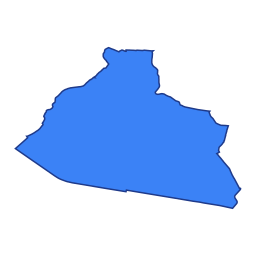 the district of Zaanstad, Noord-Holland, Netherlands
{"feature_id": "6326949B52425900686836", "entity_name": "Zaanstad", "entity_type": "district", "adm_level": 2, "iso_a3": "NLD", "parent_name": "Netherlands", "parent_adm1": "Noord-Holland", "projection": "natural_earth1", "projection_center": [4.764, 52.469], "detail": "fine", "context": "isolated", "style": "filled", "palette": "blue", "viewbox_px": 256, "rotation_deg": 0, "n_neighbors": 0, "source": "geoboundaries", "source_scale": "gbopen_adm2", "svg_char_len": 5207}
<svg xmlns="http://www.w3.org/2000/svg" viewBox="0 0 256 256"><path d="M144.3,50.2L143.2,50.4L142.7,50.5L142.0,50.5L137.2,50.2L136.8,50.3L136.4,50.3L136.0,50.6L135.4,50.4L134.7,50.4L134.0,50.3L130.8,50.2L129.6,50.1L129.0,50.1L126.0,50.0L125.9,50.5L126.0,50.9L126.1,51.2L126.1,51.3L125.8,51.3L125.4,51.3L125.0,51.2L123.9,50.7L123.0,50.3L122.3,50.1L121.7,50.1L121.4,50.2L120.8,50.6L119.6,51.1L119.4,51.4L119.0,51.6L118.9,51.8L116.0,50.6L114.9,50.1L113.5,49.5L112.3,49.1L111.8,48.9L111.4,48.8L110.3,48.3L108.8,47.7L108.6,47.7L108.3,47.7L108.2,47.8L107.9,48.0L107.0,48.4L105.2,49.4L105.1,49.5L104.8,50.2L104.5,51.3L104.5,51.9L104.4,52.3L103.7,53.1L103.4,53.5L103.2,54.1L103.3,55.0L103.2,55.4L103.2,55.8L103.3,56.8L103.4,57.0L104.0,58.0L104.2,58.4L104.4,58.6L104.6,58.8L104.7,59.0L105.6,60.0L105.9,60.2L106.1,60.3L106.3,60.5L106.5,61.3L106.6,61.5L107.1,61.9L107.3,62.1L107.5,62.5L108.7,64.0L106.2,67.6L106.0,67.9L105.4,68.1L103.9,68.3L103.5,68.5L103.1,69.0L102.7,69.5L102.4,69.8L101.9,70.0L101.6,70.5L101.1,71.0L100.8,71.2L100.3,71.6L99.5,72.2L98.9,72.6L98.3,73.3L98.1,73.5L97.1,74.4L96.9,74.7L96.8,75.0L96.2,75.7L95.6,76.1L95.1,76.5L94.1,77.1L94.3,77.2L94.5,77.4L94.7,77.6L93.8,77.5L93.7,77.5L93.1,77.8L92.8,78.1L92.3,78.6L91.4,79.2L91.0,79.5L90.9,79.4L89.5,80.2L89.2,80.5L88.9,80.9L87.6,82.0L87.4,82.2L86.5,82.9L86.2,83.3L85.8,83.7L85.4,84.1L85.2,84.4L84.8,84.8L83.9,85.5L83.6,85.8L83.4,85.9L81.0,86.6L79.0,86.8L72.5,87.6L71.3,87.8L70.3,87.9L70.1,88.0L67.8,88.6L67.0,89.0L65.5,89.5L65.2,89.6L63.8,90.4L63.1,90.8L62.7,91.2L62.1,91.6L61.7,92.0L61.3,92.4L61.1,92.7L60.9,93.0L60.1,93.8L59.8,94.1L59.5,94.4L59.2,94.7L58.8,95.2L58.2,95.8L55.6,97.8L55.4,98.3L55.3,98.8L55.2,99.4L55.4,100.0L55.3,100.4L55.1,100.9L55.1,101.3L55.1,101.5L55.0,101.9L54.8,102.5L54.7,102.6L54.1,102.8L53.9,102.9L53.8,103.1L53.4,103.5L52.8,103.9L52.7,104.1L52.5,104.3L52.5,105.3L52.5,105.7L52.8,106.2L52.9,106.5L52.8,107.0L52.7,107.2L52.4,107.6L52.2,108.1L50.9,109.0L50.3,109.4L49.9,109.5L49.2,109.6L48.7,109.6L48.3,109.7L48.0,109.8L47.2,110.0L46.9,110.2L46.4,110.7L46.3,110.8L46.3,111.3L46.3,111.6L46.2,111.9L46.1,112.1L45.3,113.0L45.2,113.4L44.9,113.6L44.9,113.9L44.9,114.2L44.5,114.8L44.1,115.3L43.9,116.3L43.8,116.5L43.9,116.8L44.4,117.2L44.5,117.4L44.6,117.6L44.7,118.2L44.7,118.3L44.6,119.0L44.6,119.3L44.6,119.6L44.4,119.8L43.9,120.8L43.4,121.6L43.2,121.9L43.1,122.4L43.0,122.5L42.8,122.6L42.6,122.8L42.3,123.3L42.9,124.1L43.0,124.4L43.0,124.5L42.6,125.3L41.8,126.0L41.6,126.4L40.7,127.5L39.9,128.6L39.1,129.3L37.7,130.5L36.6,131.1L34.5,132.6L33.3,133.3L31.9,134.1L27.7,136.1L26.9,136.3L26.7,136.3L26.9,136.6L27.1,136.8L27.2,137.3L27.6,137.8L15.4,148.6L33.5,161.2L41.2,166.5L54.9,176.0L56.8,177.2L57.4,177.6L59.2,178.6L60.5,179.2L61.7,179.7L63.6,180.4L66.4,181.4L67.4,181.7L68.5,181.9L72.3,182.8L105.7,188.4L126.0,191.7L126.4,190.1L132.3,191.1L145.5,193.3L173.4,197.9L193.6,201.3L194.5,201.4L197.3,201.8L199.6,202.1L203.4,202.9L205.9,203.3L219.6,205.5L222.9,206.2L224.8,206.6L227.0,207.1L232.6,208.3L236.7,203.5L236.8,203.3L237.0,202.9L237.1,202.5L237.1,202.1L237.1,201.7L237.0,201.2L235.1,198.2L234.9,197.8L234.8,197.5L234.7,197.2L234.7,196.8L234.7,196.3L234.8,195.9L235.0,195.5L235.3,195.1L240.2,189.7L240.4,189.3L240.5,189.1L240.6,188.9L240.6,188.7L240.5,188.4L240.5,187.9L240.4,188.1L240.2,188.1L239.7,188.1L239.4,188.3L239.0,187.5L236.9,183.5L234.4,178.8L233.6,177.6L232.7,175.9L232.4,175.4L232.0,174.6L231.6,173.7L230.4,171.0L229.9,169.7L229.6,169.0L228.9,168.0L226.2,164.9L223.2,161.4L222.8,160.7L222.3,160.2L220.8,158.3L219.1,156.4L217.4,154.2L216.8,153.6L217.8,153.1L219.4,152.1L218.7,150.7L218.5,150.3L218.6,150.0L218.8,149.0L219.0,147.6L219.2,147.2L219.6,146.7L221.2,145.2L222.0,144.3L222.7,143.4L223.2,142.5L223.6,142.4L224.1,140.7L224.3,140.7L225.3,136.7L225.7,135.6L225.5,135.3L226.7,131.4L226.6,131.2L226.9,130.2L228.3,125.8L225.4,125.5L221.0,125.3L220.7,125.2L219.4,124.7L218.5,124.3L216.8,123.5L216.3,123.3L216.0,123.0L215.7,122.7L213.5,119.4L213.0,118.6L212.5,118.1L211.1,116.8L210.8,116.4L210.3,115.5L210.1,114.9L209.4,113.1L209.1,112.3L209.1,112.2L209.4,111.7L209.8,111.2L207.0,110.9L197.9,109.6L185.2,107.0L183.5,106.4L182.9,106.1L182.3,105.7L182.1,105.6L180.2,104.9L179.6,103.4L179.4,102.5L179.2,102.2L178.7,101.8L178.0,101.5L176.6,101.1L175.6,100.7L170.5,97.0L168.3,96.3L167.2,95.8L165.8,95.1L164.6,94.3L164.0,94.0L163.4,93.9L162.3,93.7L161.2,93.7L160.8,93.8L159.4,94.1L159.2,94.2L158.1,94.3L157.3,94.3L156.9,94.2L156.5,94.1L156.3,94.0L156.0,93.8L155.8,93.6L155.6,93.3L155.5,93.1L155.3,92.8L155.3,92.5L155.3,92.4L155.3,92.1L156.2,91.0L157.6,89.4L158.8,87.6L159.0,87.4L159.2,86.9L159.4,86.4L159.5,85.8L159.5,85.6L159.4,84.8L159.0,83.1L158.9,82.1L158.9,81.5L158.9,80.8L158.9,79.3L158.8,78.1L158.8,76.3L158.7,76.0L158.4,75.7L158.0,75.1L157.8,74.7L157.6,74.3L157.5,74.0L157.5,73.8L157.4,73.3L157.5,72.9L157.6,72.2L157.6,71.5L157.6,71.1L157.6,70.8L157.7,70.4L157.6,70.1L157.4,69.6L156.3,68.5L155.7,67.9L153.8,66.6L153.1,65.8L152.7,65.3L152.4,64.7L151.9,63.3L151.8,63.1L151.8,61.5L151.8,60.0L151.9,59.0L152.2,57.2L152.4,54.3L152.5,53.9L152.5,53.7L152.4,53.3L152.3,52.9L152.2,52.5L152.3,52.1L152.4,51.7L152.7,51.3L153.2,50.8L151.4,50.9L150.5,50.8L144.3,50.2Z" fill="#3b82f6" stroke="#1e3a8a" stroke-width="1.5"/></svg>